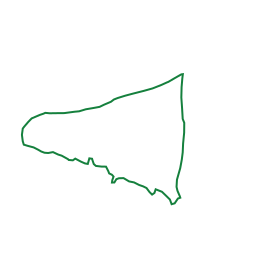 outline of Fenetoe, Grand Kru, Liberia, rotated 37°
{"feature_id": "62588387B87662048762198", "entity_name": "Fenetoe", "entity_type": "district", "adm_level": 2, "iso_a3": "LBR", "parent_name": "Liberia", "parent_adm1": "Grand Kru", "projection": "orthographic", "projection_center": [-8.376, 4.908], "detail": "fine", "context": "isolated", "style": "outline", "palette": "green", "viewbox_px": 256, "rotation_deg": 37, "n_neighbors": 0, "source": "geoboundaries", "source_scale": "gbopen_adm2", "svg_char_len": 1313}
<svg xmlns="http://www.w3.org/2000/svg" viewBox="0 0 256 256"><g transform="rotate(37 128 128)"><path d="M44.3,191.8L47.4,197.3L51.9,201.9L54.8,204.0L58.4,202.7L64.3,200.3L69.4,199.4L72.8,199.0L76.2,198.0L79.3,196.0L82.6,192.4L88.3,191.2L91.7,190.0L92.4,189.9L95.2,189.5L98.9,189.0L99.9,189.2L103.4,187.0L104.3,184.2L110.6,183.2L114.9,182.2L117.5,180.9L115.4,175.5L117.8,174.2L119.0,175.1L122.4,177.4L125.2,177.6L130.0,174.8L133.7,172.1L138.2,174.3L140.3,175.6L143.3,175.0L145.7,175.5L146.8,179.0L148.0,181.2L149.9,179.7L149.5,175.9L151.0,173.6L154.6,170.7L161.0,170.0L165.6,167.8L171.2,166.8L175.2,165.5L178.9,164.8L183.7,166.2L187.3,166.7L188.2,164.0L187.0,160.3L193.5,158.5L199.3,159.2L204.5,159.9L208.7,162.6L210.6,160.1L210.3,154.3L211.7,152.2L210.4,151.3L205.2,148.3L202.2,145.8L198.2,139.8L193.9,128.7L190.0,120.9L186.4,114.6L181.4,107.3L175.7,98.0L169.8,90.0L166.2,87.8L159.5,79.9L152.2,71.5L146.2,63.1L141.6,55.8L139.4,52.0L138.3,53.1L135.5,59.6L132.4,67.0L131.7,68.1L128.7,73.6L123.8,81.6L118.3,88.8L111.0,97.9L106.3,103.9L101.7,110.3L99.6,113.7L98.6,117.3L94.8,123.9L92.6,128.2L88.2,133.0L83.0,138.5L81.4,140.7L78.9,144.1L75.5,147.2L68.2,154.4L60.0,160.7L56.7,163.3L52.8,165.7L51.9,167.4L49.7,170.6L45.3,178.3L44.7,183.0L44.3,189.4L44.3,191.8Z" fill="none" stroke="#15803d" stroke-width="2"/></g></svg>